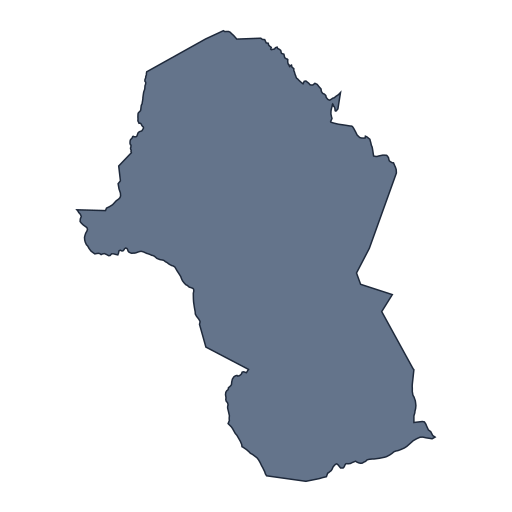 Santa María Ozolotepec, Oaxaca, Mexico (Equal Earth projection)
{"feature_id": "50627088B11851722089063", "entity_name": "Santa María Ozolotepec", "entity_type": "district", "adm_level": 2, "iso_a3": "MEX", "parent_name": "Mexico", "parent_adm1": "Oaxaca", "projection": "equal_earth", "projection_center": [-96.359, 16.098], "detail": "fine", "context": "isolated", "style": "filled", "palette": "slate", "viewbox_px": 512, "rotation_deg": 0, "n_neighbors": 0, "source": "geoboundaries", "source_scale": "gbopen_adm2", "svg_char_len": 6002}
<svg xmlns="http://www.w3.org/2000/svg" viewBox="0 0 512 512"><path d="M205.7,38.9L146.7,71.8L146.4,73.5L146.4,75.0L145.9,76.0L145.7,77.0L145.7,77.8L145.0,79.4L144.9,80.6L145.0,81.4L145.5,81.9L145.7,82.3L145.7,83.3L145.6,84.2L145.0,85.7L144.8,88.7L144.5,89.9L143.9,91.4L143.6,92.6L143.3,94.6L142.9,97.5L142.9,98.4L142.5,101.3L142.3,102.0L142.2,103.5L142.0,103.9L141.3,105.3L141.1,106.7L140.8,109.4L140.6,110.4L140.4,110.8L139.1,112.1L138.4,112.8L138.1,113.5L138.0,114.2L137.9,117.0L138.0,118.9L137.9,120.7L138.1,121.4L138.5,122.1L138.8,122.6L138.9,123.1L139.0,123.3L140.0,123.2L140.6,123.4L141.4,124.4L141.7,125.2L142.3,126.1L143.3,127.0L143.4,127.5L143.5,127.8L143.3,128.5L142.1,130.5L141.6,131.0L139.9,131.5L138.7,132.2L138.1,132.8L137.4,134.6L137.2,135.4L136.9,136.0L136.3,136.6L135.7,136.8L134.9,136.8L134.0,136.7L133.3,136.3L132.9,136.4L132.6,136.7L132.4,137.5L132.0,138.1L130.5,139.7L130.1,141.0L130.0,143.3L130.4,144.7L131.0,145.1L131.0,145.7L130.8,147.6L130.5,148.0L130.5,148.3L130.7,149.3L131.2,150.2L131.2,150.6L131.0,151.0L131.0,151.3L131.0,151.7L131.3,152.1L131.4,152.7L118.7,166.0L120.4,180.6L120.3,181.0L118.1,183.7L119.0,188.9L120.4,193.0L120.6,195.9L120.0,197.6L118.6,199.1L116.2,200.8L112.6,204.7L109.6,206.6L106.5,208.1L105.5,210.6L76.9,209.8L78.1,211.3L78.7,212.5L80.3,214.2L81.3,216.5L80.3,218.9L80.1,221.5L81.4,223.2L83.3,225.0L86.9,227.6L87.5,229.3L86.9,231.1L85.7,233.2L85.0,235.3L84.5,237.4L84.7,240.0L85.2,242.0L86.4,244.7L87.7,246.0L89.0,248.4L91.1,251.2L94.8,253.9L96.8,253.5L98.6,253.3L100.0,253.7L101.1,254.6L102.5,253.9L104.5,253.6L106.7,254.6L108.7,255.7L110.1,255.5L111.6,253.8L113.5,253.8L116.0,254.5L117.8,254.9L118.5,253.2L118.9,251.0L120.2,250.2L122.0,251.0L123.2,250.7L124.1,249.6L124.5,248.8L125.6,248.0L126.8,248.4L127.4,249.1L128.2,251.3L128.8,252.0L130.5,252.9L131.8,253.3L133.0,253.1L134.6,253.1L136.0,252.8L138.1,252.0L139.8,251.5L141.2,251.3L143.5,251.9L146.7,253.4L147.9,253.7L150.1,254.5L151.7,255.3L152.9,255.5L154.5,256.3L156.9,258.4L159.9,259.6L162.3,260.0L163.5,260.3L164.1,260.6L165.4,261.7L167.0,262.5L169.0,264.1L171.8,265.6L172.8,265.8L173.6,266.2L174.9,267.1L177.3,271.2L178.7,273.3L180.7,276.5L181.5,278.7L182.5,280.8L184.2,283.0L185.8,284.7L187.3,285.4L189.2,287.1L191.2,287.7L193.1,288.5L193.6,289.3L193.8,291.0L193.3,293.3L193.4,299.0L193.6,302.1L194.4,307.5L195.2,311.9L195.3,314.0L196.6,316.4L197.9,318.0L198.8,319.2L199.7,320.7L200.1,321.8L199.5,324.3L205.9,347.1L248.5,369.4L246.4,372.7L243.7,371.8L242.2,372.1L241.5,373.8L241.0,374.5L239.4,375.7L237.7,376.1L237.0,375.4L235.3,375.9L233.9,376.8L232.4,379.1L231.7,382.1L231.5,384.5L230.8,385.6L229.5,386.9L228.5,387.6L228.1,389.6L226.7,390.8L225.8,392.3L225.5,394.7L226.0,397.7L225.8,399.7L226.3,401.4L227.5,402.6L228.1,405.0L227.7,406.0L227.6,407.9L228.5,411.7L228.9,413.5L229.4,415.7L229.2,417.9L229.2,419.4L229.4,420.4L228.1,423.6L231.3,426.8L232.5,428.5L235.3,433.5L236.9,435.3L240.4,441.4L241.7,444.5L242.0,446.7L243.0,447.2L246.5,449.6L249.0,451.8L250.4,453.3L252.5,454.4L257.0,457.8L258.6,459.9L260.2,462.7L261.6,465.7L262.7,467.6L264.0,470.3L264.7,471.7L265.4,473.9L266.6,475.8L305.9,481.3L319.3,478.6L322.2,477.7L326.4,476.7L327.7,473.1L328.5,472.8L329.6,471.8L331.1,470.7L332.1,469.2L332.6,468.0L333.0,467.1L334.2,465.6L335.4,464.4L336.7,463.8L338.0,464.8L340.6,468.0L343.1,468.0L344.2,466.8L345.0,464.9L345.8,463.8L346.9,463.6L347.9,463.8L350.4,463.5L352.3,462.5L355.6,461.2L356.9,462.1L358.8,462.9L360.7,463.3L362.3,463.1L363.9,462.1L365.5,461.4L367.2,459.8L369.3,459.3L372.2,459.0L373.9,459.0L379.2,458.3L384.7,457.2L386.6,456.6L389.8,454.9L392.0,453.4L393.9,451.8L395.9,451.0L398.0,450.6L400.9,449.5L404.3,448.0L406.8,446.4L413.2,440.7L416.7,438.7L420.1,437.2L422.8,437.1L426.0,437.8L429.9,438.4L432.1,438.8L435.1,437.1L434.5,436.6L433.6,436.2L432.6,435.3L430.7,431.6L428.4,429.9L426.5,425.8L425.9,424.2L424.4,421.9L422.3,421.5L413.9,422.5L413.9,415.9L414.8,412.9L415.0,411.0L415.6,408.7L415.9,405.6L415.6,402.8L415.3,400.7L414.6,398.8L414.0,397.0L413.3,395.9L412.8,394.7L412.6,393.2L412.3,391.7L412.3,390.2L412.3,388.1L412.2,386.2L412.3,384.3L413.9,369.7L413.1,368.8L381.7,311.6L392.3,294.6L360.6,284.3L356.5,273.0L369.3,248.4L396.4,173.0L396.3,171.3L396.2,169.6L395.8,168.3L395.3,166.9L394.7,165.7L393.5,162.8L392.3,162.8L391.3,162.2L390.2,161.6L389.3,160.8L388.8,159.3L388.5,157.7L387.5,156.2L386.6,155.3L385.4,155.2L382.9,155.1L379.0,155.9L376.9,156.5L375.4,156.4L373.6,156.0L372.5,148.9L372.1,146.9L371.4,145.4L370.7,142.3L370.2,140.7L369.9,139.3L366.8,136.8L365.4,136.2L365.1,138.0L363.5,138.1L361.5,138.0L359.7,137.5L357.1,135.0L355.7,132.1L353.7,128.4L352.4,126.5L351.2,126.0L350.2,126.0L346.6,125.4L342.7,124.8L338.4,124.2L333.8,123.1L330.9,122.2L330.6,121.7L331.1,120.5L332.0,118.5L331.8,117.7L331.5,116.9L331.3,115.6L330.9,114.0L331.0,111.0L331.5,108.4L331.8,107.3L332.2,105.7L332.4,104.5L332.7,104.0L333.1,104.5L333.2,105.4L333.5,106.2L334.0,106.3L334.4,107.1L334.8,108.0L335.0,109.1L335.0,110.1L335.4,111.0L335.9,111.0L336.5,110.7L337.0,109.9L337.9,108.9L338.5,105.1L340.5,92.5L338.4,94.7L335.8,96.4L334.2,97.8L332.7,98.2L331.5,99.1L329.7,100.2L327.8,99.4L326.2,97.4L325.8,95.5L324.4,94.1L322.9,93.5L322.2,92.8L321.4,91.4L321.0,88.9L319.0,86.7L317.2,84.4L314.9,83.3L312.8,85.0L311.3,85.0L310.1,84.8L308.7,83.2L305.9,81.0L304.2,81.3L303.9,82.0L303.0,83.8L301.3,82.5L299.0,80.4L297.6,78.9L296.6,78.2L296.0,76.9L295.7,75.8L295.1,74.5L294.4,71.9L293.8,70.6L293.8,68.6L292.0,67.2L291.5,65.1L290.6,65.5L289.8,66.6L289.1,65.7L289.0,64.7L288.2,64.1L287.8,62.6L287.7,61.1L287.8,59.6L287.2,59.0L286.6,59.0L285.6,58.3L284.7,57.7L283.9,54.2L281.6,53.4L281.2,52.7L281.0,51.4L280.7,50.4L279.5,49.4L277.7,48.5L277.1,47.1L275.4,47.7L274.9,48.6L273.9,49.3L273.3,49.2L271.4,49.7L270.7,49.2L271.3,47.4L269.7,46.2L268.7,45.2L268.2,43.2L267.3,43.1L266.2,42.9L264.7,39.6L263.7,39.5L262.8,39.5L261.9,39.1L260.8,38.2L236.8,39.1L234.1,36.0L233.0,34.9L231.4,33.5L230.3,32.3L228.6,31.5L226.4,31.5L224.8,31.6L223.4,30.7L205.7,38.9Z" fill="#64748b" stroke="#1e293b" stroke-width="1.5"/></svg>